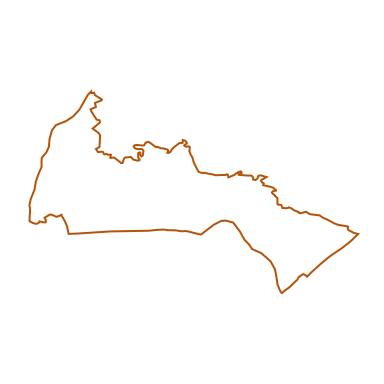 Gboe-Ploe, Grand Gedeh, Liberia, rotated 87°
{"feature_id": "62588387B47381315935072", "entity_name": "Gboe-Ploe", "entity_type": "district", "adm_level": 2, "iso_a3": "LBR", "parent_name": "Liberia", "parent_adm1": "Grand Gedeh", "projection": "equal_earth", "projection_center": [-8.826, 6.021], "detail": "fine", "context": "isolated", "style": "outline", "palette": "amber", "viewbox_px": 384, "rotation_deg": 87, "n_neighbors": 0, "source": "geoboundaries", "source_scale": "gbopen_adm2", "svg_char_len": 4202}
<svg xmlns="http://www.w3.org/2000/svg" viewBox="0 0 384 384"><g transform="rotate(87 192 192)"><path d="M242.7,28.3L241.3,32.5L238.6,37.1L238.2,37.7L237.2,38.3L236.5,38.4L236.1,38.2L235.5,37.9L234.9,37.9L234.5,38.4L234.2,39.7L233.9,41.0L232.5,47.6L230.9,51.3L227.1,57.6L225.6,60.4L225.2,61.1L224.1,63.2L222.1,65.7L220.3,75.6L220.1,75.9L219.0,77.3L218.0,78.7L217.7,79.1L218.4,82.1L218.9,84.5L218.3,86.4L217.6,86.5L217.1,87.8L215.2,91.7L214.0,92.8L212.4,95.9L212.8,96.8L212.9,97.1L213.2,99.3L213.2,99.6L212.8,100.3L212.8,102.5L209.7,103.5L209.4,105.0L208.8,107.3L202.4,107.0L201.0,108.5L200.3,109.3L199.4,109.6L198.0,111.4L197.1,112.0L196.6,112.2L195.4,111.1L195.2,110.1L195.0,108.1L194.6,108.0L192.1,110.6L191.4,111.9L191.3,112.1L188.9,120.6L187.9,120.2L187.1,119.9L186.0,121.7L184.7,122.3L184.3,122.5L183.6,122.1L182.7,120.3L181.5,117.8L181.0,116.8L178.9,122.7L179.0,123.0L179.4,124.9L181.8,125.9L183.2,127.6L183.4,127.9L182.6,130.3L182.4,130.2L180.8,130.2L179.0,131.5L178.6,132.5L178.6,134.4L178.2,137.9L177.3,144.4L176.9,144.5L175.7,141.5L175.3,141.5L174.1,141.9L174.0,142.0L174.2,143.8L175.8,146.9L177.3,149.2L179.3,154.9L178.8,155.0L176.8,155.3L176.6,155.4L176.2,156.3L176.6,156.9L176.7,157.1L176.5,167.7L175.5,170.5L174.9,173.2L173.7,178.0L173.2,182.3L172.4,183.8L172.2,184.3L172.0,184.5L167.2,186.7L165.7,187.4L163.3,188.3L162.4,188.7L160.3,189.2L158.5,189.6L157.2,189.9L155.7,190.8L154.4,191.5L154.0,191.6L151.1,192.5L148.0,191.9L146.6,192.0L146.2,193.0L146.5,194.6L146.6,195.2L145.7,196.9L145.0,197.3L144.3,196.4L143.4,194.7L142.2,194.7L141.2,195.4L140.4,196.3L139.6,198.5L142.4,198.8L142.6,201.3L142.6,202.2L144.2,204.6L146.2,207.4L146.7,208.0L148.7,210.2L149.8,210.6L150.8,211.5L151.7,212.9L151.7,213.1L151.7,214.1L151.5,214.6L150.9,214.2L149.5,213.5L148.6,214.0L148.1,215.2L147.2,217.6L146.7,220.9L145.4,223.4L145.1,224.4L145.5,224.9L145.0,226.1L144.2,227.1L142.6,229.0L139.6,232.6L140.2,235.6L141.5,236.5L143.0,237.5L142.9,240.1L142.8,240.5L142.4,242.5L142.1,245.1L142.4,246.9L143.4,247.8L143.7,247.9L145.6,246.4L146.4,243.5L146.4,240.1L146.9,239.3L148.3,238.3L152.9,239.2L153.8,240.7L152.3,241.7L152.2,241.7L150.0,241.6L149.7,242.0L150.0,243.3L150.7,243.8L154.8,243.9L156.8,242.6L157.6,242.8L157.6,243.2L157.8,245.1L156.5,249.0L154.8,250.2L153.7,251.6L154.2,257.4L155.4,258.3L159.4,259.8L159.4,260.0L159.4,261.2L153.8,267.5L153.5,268.2L153.5,268.3L153.7,271.7L153.5,271.9L152.2,271.5L150.6,271.0L150.3,273.6L150.4,274.1L149.5,275.4L149.7,276.7L149.8,277.5L149.3,278.1L149.2,278.1L147.4,278.8L147.1,279.3L147.1,281.5L147.3,283.0L147.1,283.8L145.8,284.6L144.1,285.7L142.4,282.5L142.1,282.0L141.0,281.9L133.6,281.1L130.6,280.8L128.3,282.1L126.9,283.7L123.5,287.9L117.8,280.3L115.6,280.5L115.1,282.3L114.7,283.5L106.1,288.4L104.1,289.0L102.1,283.5L101.9,283.5L98.0,284.3L97.4,282.5L95.7,277.4L95.2,277.3L94.9,277.2L90.1,283.9L87.8,284.5L88.0,285.0L87.9,287.3L87.2,287.3L86.3,287.4L88.0,289.3L89.6,291.0L96.1,295.1L104.2,300.4L110.5,307.0L114.6,314.1L118.1,324.4L123.0,328.6L131.6,331.5L139.2,332.5L144.6,335.2L150.1,340.3L154.0,340.7L159.2,340.9L164.8,343.8L170.7,346.3L172.7,347.1L174.2,347.6L181.6,349.2L186.5,351.5L191.2,353.6L196.8,355.1L199.8,354.6L202.6,354.7L208.7,355.5L212.7,355.7L214.4,352.9L215.5,350.2L215.6,348.5L214.5,346.3L213.3,345.9L214.5,342.4L214.6,339.7L211.9,339.5L210.9,340.3L210.1,340.6L209.1,339.0L208.4,337.5L207.1,335.2L207.3,333.3L208.5,331.0L209.7,328.7L209.1,326.5L208.6,324.8L207.9,323.8L212.8,321.4L213.5,321.1L214.4,320.6L219.6,318.6L227.4,317.4L227.5,307.4L227.1,275.9L227.3,270.1L228.1,246.5L228.2,244.3L228.4,237.1L228.0,229.4L228.0,224.8L228.0,222.5L228.8,218.7L229.5,210.0L230.7,204.3L230.7,199.7L235.0,185.4L234.1,184.0L225.8,171.9L222.4,164.3L222.4,160.6L222.4,159.4L224.7,152.5L233.8,146.3L240.4,143.1L242.5,142.0L247.9,137.4L248.8,136.9L251.1,135.6L252.1,135.0L256.7,126.0L260.4,122.2L265.4,117.1L266.2,116.7L273.6,113.2L280.6,112.2L282.2,112.0L288.6,111.5L294.7,109.4L297.4,107.9L297.7,107.5L295.9,105.4L292.1,99.6L288.7,95.7L285.3,91.6L282.3,89.6L279.8,85.2L281.7,82.1L282.6,81.6L278.3,76.8L277.1,75.3L269.5,66.0L269.0,65.2L265.3,60.2L263.5,57.8L261.9,55.3L255.9,45.2L249.6,36.3L242.7,28.3Z" fill="none" stroke="#b45309" stroke-width="2"/></g></svg>